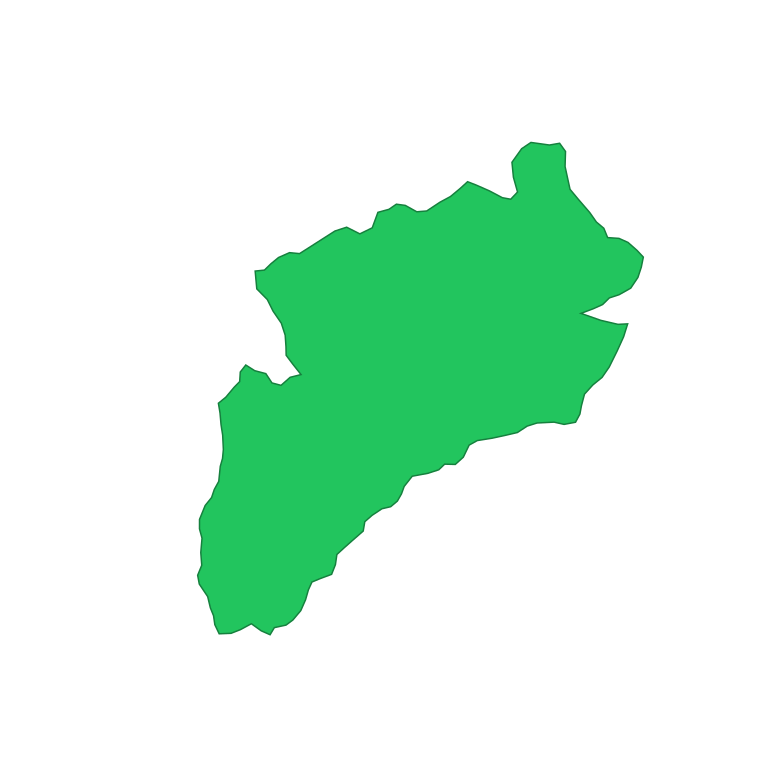 Álvaro de Carvalho, São Paulo, Brazil, rotated 310°
{"feature_id": "56859067B50626918359022", "entity_name": "Álvaro de Carvalho", "entity_type": "district", "adm_level": 2, "iso_a3": "BRA", "parent_name": "Brazil", "parent_adm1": "São Paulo", "projection": "orthographic", "projection_center": [-49.738, -22.084], "detail": "fine", "context": "isolated", "style": "filled", "palette": "green", "viewbox_px": 768, "rotation_deg": 310, "n_neighbors": 0, "source": "geoboundaries", "source_scale": "gbopen_adm2", "svg_char_len": 1943}
<svg xmlns="http://www.w3.org/2000/svg" viewBox="0 0 768 768"><g transform="rotate(310 384 384)"><path d="M511.6,269.0L496.1,274.6L483.5,269.0L480.1,254.6L469.7,248.1L429.6,235.5L423.9,227.2L413.1,221.9L403.5,220.1L394.4,219.2L387.7,212.7L375.1,225.4L373.7,240.3L368.5,252.2L364.6,266.2L357.9,276.9L349.6,284.9L343.1,290.6L340.6,301.3L337.9,314.4L328.8,307.8L316.8,306.0L312.8,297.5L316.0,286.8L311.1,276.4L309.7,265.9L300.8,266.2L293.1,271.9L285.2,271.3L272.2,271.3L262.8,269.5L256.4,277.0L248.1,285.3L241.1,293.3L230.5,303.1L223.1,308.2L215.7,311.5L203.2,320.0L194.1,321.8L186.2,324.9L176.0,325.1L161.7,329.7L154.4,335.8L148.9,343.7L137.1,352.0L128.0,360.9L117.7,364.2L112.0,371.1L107.8,385.6L100.9,394.9L96.9,402.4L90.9,409.1L86.7,418.3L94.7,427.1L103.5,431.9L115.1,436.5L116.0,448.6L118.7,457.9L126.9,456.6L136.3,463.9L144.6,465.9L157.0,465.9L168.3,462.6L177.7,458.4L186.0,456.1L193.9,460.2L204.5,466.2L214.4,462.9L223.1,457.5L233.1,458.8L242.5,460.2L258.0,462.6L266.2,457.8L275.8,459.3L287.1,462.6L294.3,468.0L302.9,469.5L311.1,468.0L318.5,465.3L331.5,464.9L343.9,475.1L353.5,481.1L361.6,482.0L368.2,490.3L378.9,491.8L391.9,488.5L400.6,491.8L411.9,501.6L422.2,509.6L432.6,517.4L443.7,520.7L452.5,526.3L464.1,538.8L468.8,547.9L477.8,555.3L486.9,553.4L494.3,549.2L505.1,544.1L517.5,544.6L529.3,546.8L541.8,545.6L559.1,541.4L574.2,537.2L586.7,532.0L580.1,524.9L572.1,509.1L564.7,489.5L576.3,496.0L585.4,500.4L594.8,501.3L603.5,506.7L616.0,511.4L628.9,510.0L638.9,506.0L647.9,501.1L649.0,491.9L649.3,479.9L646.6,470.4L639.9,461.2L644.6,452.3L644.6,442.6L647.6,431.4L650.5,413.6L652.7,401.4L658.4,394.0L667.0,382.9L678.8,373.6L681.3,363.8L673.4,357.1L663.5,341.3L652.8,338.2L636.1,339.5L625.6,350.2L616.9,362.9L607.0,362.3L602.8,354.9L599.7,340.6L595.7,326.9L592.7,318.0L582.4,316.6L570.3,314.4L559.2,310.0L544.0,305.5L537.0,298.4L534.5,285.5L529.7,277.9L521.0,275.5L511.6,269.0Z" fill="#22c55e" stroke="#15803d" stroke-width="1.5"/></g></svg>